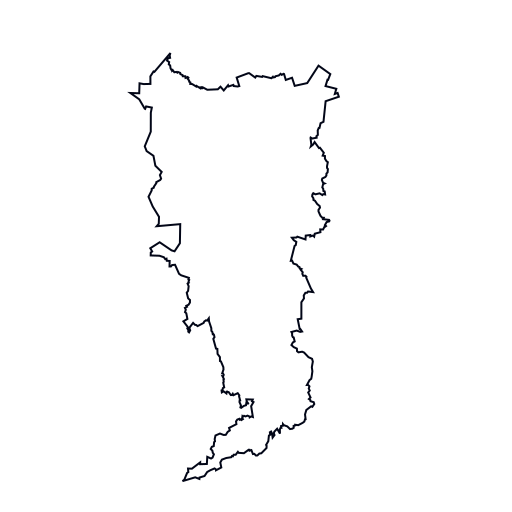 outline of Sombrerete, Zacatecas, Mexico, rotated 352°
{"feature_id": "50627088B37506773175318", "entity_name": "Sombrerete", "entity_type": "district", "adm_level": 2, "iso_a3": "MEX", "parent_name": "Mexico", "parent_adm1": "Zacatecas", "projection": "robinson", "projection_center": [-103.603, 23.575], "detail": "fine", "context": "isolated", "style": "outline", "palette": "ink", "viewbox_px": 512, "rotation_deg": 352, "n_neighbors": 0, "source": "geoboundaries", "source_scale": "gbopen_adm2", "svg_char_len": 6077}
<svg xmlns="http://www.w3.org/2000/svg" viewBox="0 0 512 512"><g transform="rotate(352 256 256)"><path d="M165.4,203.7L164.2,210.6L161.8,212.7L185.4,213.9L182.4,232.8L176.0,240.0L173.2,238.7L162.5,229.0L152.4,233.6L153.8,237.1L152.3,237.9L151.8,240.8L160.4,242.3L164.6,244.4L165.7,246.5L167.0,246.2L167.0,248.3L169.8,248.9L168.9,254.3L170.3,254.5L171.6,253.3L174.6,253.4L177.3,262.9L179.2,264.7L186.5,268.3L185.8,269.9L186.5,270.4L185.4,272.6L185.7,273.1L184.4,273.8L185.1,276.5L183.9,281.1L182.3,282.7L182.9,288.5L184.5,290.4L184.1,292.9L182.4,294.9L180.1,295.6L180.6,296.7L178.4,297.5L179.0,299.4L177.9,301.7L179.0,303.0L179.3,308.8L175.0,310.6L178.5,316.7L178.6,317.4L177.9,318.1L178.7,320.0L178.4,321.5L179.1,322.3L180.5,320.4L180.0,318.5L180.6,317.2L184.4,313.5L186.0,315.7L187.2,316.0L188.4,317.3L194.8,315.0L195.6,313.7L197.5,312.7L198.6,313.2L200.6,311.1L200.4,314.2L201.7,321.2L201.4,323.9L202.2,325.1L202.3,327.4L202.9,327.3L203.4,328.2L203.6,330.6L202.2,332.1L203.5,342.1L204.8,342.6L204.3,347.6L206.2,351.1L205.7,355.0L206.6,355.5L208.2,361.5L208.0,363.9L206.3,367.3L206.8,367.3L207.5,369.2L206.7,370.6L206.1,370.4L207.1,373.4L206.6,373.8L206.5,376.2L205.9,376.9L206.2,381.7L204.8,382.2L204.2,384.0L203.2,384.3L203.2,386.3L205.1,385.5L207.6,388.0L208.4,385.5L208.6,386.5L210.0,387.0L211.7,390.2L212.8,390.3L213.8,389.2L214.3,390.7L218.8,389.3L220.1,391.7L219.7,392.7L220.2,396.7L219.7,396.7L219.3,398.3L220.3,401.9L219.5,403.8L220.2,404.3L223.2,402.7L225.3,402.4L226.0,400.1L228.1,401.5L226.6,398.8L226.5,396.6L232.8,397.7L231.8,399.3L233.2,400.3L230.3,404.0L230.5,415.0L229.0,414.2L227.3,414.9L227.3,414.1L225.4,412.9L223.3,413.4L221.9,412.6L220.8,413.3L220.3,412.7L219.7,414.7L220.3,415.7L218.7,416.4L218.2,415.6L217.2,415.9L216.9,414.9L214.7,415.4L213.2,417.0L213.2,419.8L205.4,422.5L205.8,425.1L203.5,426.2L201.2,428.9L199.0,428.7L195.6,426.8L190.9,428.1L189.6,431.6L189.6,433.8L188.6,434.5L187.7,438.4L185.7,438.8L184.3,440.8L185.7,442.7L185.8,444.8L186.7,446.5L184.9,449.6L183.3,450.3L179.8,448.1L178.4,455.1L171.7,454.4L172.0,452.6L162.9,457.7L159.1,457.0L158.9,460.6L157.6,461.2L153.9,467.5L151.9,468.7L165.0,466.7L168.9,468.9L169.2,467.5L174.4,466.7L177.6,463.1L180.9,461.8L185.4,460.6L186.7,461.8L186.6,462.6L192.2,460.6L191.9,455.5L193.9,452.9L198.4,451.9L203.5,451.8L204.4,450.7L205.3,451.1L206.2,449.7L208.2,450.0L210.8,447.4L211.4,448.5L216.6,449.6L221.8,446.8L222.6,447.0L222.6,447.9L224.4,447.6L225.4,451.7L226.8,451.7L228.2,453.6L229.6,453.7L231.8,452.1L233.8,452.1L239.7,447.6L240.1,445.3L239.7,444.5L242.4,441.1L243.8,435.6L246.5,434.4L246.2,433.3L245.2,433.4L245.2,432.5L246.5,431.9L247.2,434.0L247.2,438.1L249.4,435.9L249.0,434.0L249.7,432.5L252.9,430.0L255.0,435.2L255.5,431.0L256.6,429.2L257.2,429.5L257.3,427.8L259.0,427.8L259.3,426.2L260.0,427.4L263.3,429.1L265.6,432.1L267.9,432.1L269.4,431.4L269.6,429.5L271.4,429.2L271.4,428.6L274.3,429.4L279.0,427.7L280.8,426.7L281.8,424.5L282.4,424.5L282.5,419.7L284.4,415.5L289.7,412.5L290.8,413.2L293.1,410.7L292.8,408.8L289.8,407.4L289.7,406.1L288.5,405.0L290.3,403.7L288.7,398.4L290.5,396.7L289.8,394.6L290.8,392.5L289.6,390.9L288.5,390.8L291.8,386.3L293.6,385.3L294.3,383.3L295.8,378.0L295.8,373.9L297.6,368.4L297.2,365.6L293.9,363.5L290.2,358.3L288.4,357.2L284.6,357.3L283.4,356.0L283.6,353.4L280.7,351.5L278.7,349.1L280.5,346.7L282.4,346.0L282.0,341.9L281.2,341.5L280.7,339.9L281.0,337.6L280.5,336.2L285.9,335.5L289.2,337.3L291.1,337.2L289.7,334.4L289.1,334.4L288.5,324.4L292.2,324.4L294.5,308.1L297.6,304.7L297.8,301.7L299.8,299.3L301.5,299.5L302.6,298.4L307.5,299.7L305.8,295.7L302.7,284.4L303.1,283.6L302.2,282.4L300.0,282.2L299.4,280.1L300.0,278.6L298.3,275.8L299.2,275.2L297.5,274.2L297.5,273.0L296.3,272.3L295.1,270.2L292.0,268.7L291.1,265.6L289.8,265.6L295.6,251.4L296.9,250.7L297.9,247.6L295.6,245.6L294.1,242.9L298.7,243.3L299.6,242.6L307.3,246.5L308.1,242.7L312.7,242.8L312.5,244.2L315.3,243.7L316.3,244.9L317.3,242.1L323.1,241.4L323.3,238.6L326.1,239.1L328.3,236.0L328.8,236.5L329.5,236.1L328.6,234.9L330.7,232.2L333.3,231.9L333.7,231.2L333.4,230.4L327.6,228.9L328.4,227.6L326.9,227.3L325.4,225.1L324.1,220.6L324.3,219.0L326.1,217.0L326.0,215.4L323.8,213.0L322.1,209.5L320.7,208.5L320.9,206.9L319.9,204.7L320.4,203.0L321.4,202.4L320.8,201.3L323.4,203.2L327.7,202.8L330.2,204.9L331.2,204.1L333.0,204.7L333.0,201.6L331.8,201.0L331.9,198.7L331.2,197.3L332.5,194.1L334.0,193.7L332.6,192.8L331.8,189.9L332.4,188.5L335.7,187.4L336.9,186.1L337.2,184.2L338.5,183.2L339.3,179.9L338.6,178.7L338.8,177.0L340.2,173.1L339.0,171.9L337.8,169.2L338.2,166.6L336.0,165.9L337.5,163.2L334.4,157.7L333.4,157.9L329.9,151.3L328.2,153.5L325.6,155.1L326.3,153.6L326.4,146.7L326.6,146.3L328.1,147.5L332.5,147.3L332.5,145.8L334.1,144.7L334.6,140.2L335.9,138.0L336.7,138.0L338.4,133.5L341.5,132.5L346.5,112.4L360.2,109.8L359.5,105.9L356.6,106.5L358.8,101.6L348.5,97.4L351.3,91.4L351.9,91.6L354.9,86.2L344.4,76.2L330.8,91.9L318.0,92.9L316.5,84.5L310.0,85.8L309.1,79.7L308.6,79.4L306.7,80.2L305.7,79.0L303.7,80.4L300.3,80.7L299.7,81.5L297.8,81.6L297.6,80.9L296.0,82.1L287.6,78.8L287.0,79.5L281.4,77.7L280.1,79.2L274.7,74.0L273.8,73.9L261.7,76.6L263.1,85.4L261.4,85.6L257.6,84.6L257.4,83.4L252.4,84.3L252.1,83.0L247.1,87.6L244.4,83.4L241.4,85.6L230.9,84.6L226.8,81.6L226.4,82.2L225.6,81.5L225.3,82.1L224.4,81.4L224.1,82.1L220.8,79.3L220.4,79.9L216.8,76.9L214.8,76.4L215.2,75.0L214.1,74.1L214.2,73.0L213.0,71.0L213.9,70.1L213.2,69.2L211.0,69.8L211.0,68.2L208.5,67.8L208.5,66.7L206.4,65.3L206.4,64.1L204.3,62.9L203.6,63.5L202.7,62.6L200.7,62.7L199.5,60.5L198.8,60.9L198.9,59.9L198.1,59.8L197.5,58.2L197.5,55.3L196.3,54.1L197.0,51.9L195.1,50.1L196.3,47.9L198.5,47.8L198.4,45.4L199.5,43.1L181.0,59.5L180.2,59.0L176.4,63.4L175.4,70.9L168.6,70.1L164.7,68.8L163.0,78.6L154.3,77.1L162.2,84.6L166.3,94.6L166.7,94.9L168.0,92.6L173.5,94.5L171.8,99.4L169.1,118.2L161.1,131.9L162.3,136.9L168.4,142.5L168.9,152.6L174.3,159.6L172.1,162.5L172.8,166.2L171.7,167.4L167.5,169.0L167.4,170.0L164.5,173.2L164.3,174.1L162.1,174.9L161.8,176.6L157.8,182.4L160.6,192.6L165.4,203.7Z" fill="none" stroke="#020617" stroke-width="2"/></g></svg>